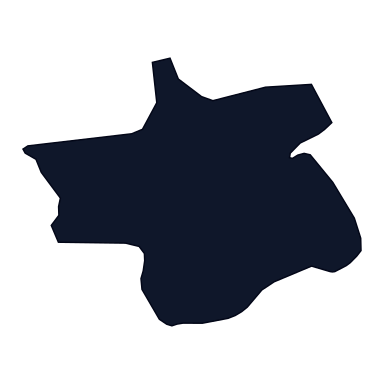 the Statistical Region of Zasavska
{"feature_id": "SVN-1006", "entity_name": "Zasavska", "entity_type": "Statistical Region", "adm_level": 1, "iso_a3": "SVN", "parent_name": "Slovenia", "parent_adm1": "", "projection": "albers", "projection_center": [14.936, 46.152], "detail": "fine", "context": "isolated", "style": "filled", "palette": "ink", "viewbox_px": 384, "rotation_deg": 0, "n_neighbors": 0, "source": "natural_earth", "source_scale": "10m", "svg_char_len": 848}
<svg xmlns="http://www.w3.org/2000/svg" viewBox="0 0 384 384"><path d="M171.9,325.8L166.7,324.2L159.4,319.3L142.0,289.4L141.0,278.6L143.2,271.0L144.7,260.7L144.4,253.5L139.1,246.4L125.4,243.1L58.4,242.2L51.3,225.4L58.9,215.3L58.6,206.6L60.4,198.1L41.3,172.4L36.0,159.3L25.2,153.1L23.0,149.1L27.9,145.9L131.6,133.8L142.5,129.3L156.8,102.7L152.4,62.4L170.0,58.2L178.3,79.0L201.5,96.6L212.9,100.7L265.5,87.2L311.4,84.4L331.8,122.6L324.7,129.3L318.5,134.0L300.2,143.0L290.2,153.2L289.5,157.7L292.4,158.4L297.8,155.1L304.1,153.4L310.2,154.8L332.8,182.4L354.3,218.1L360.7,238.2L361.0,250.6L356.8,256.0L350.2,262.7L346.3,265.6L334.8,271.6L332.4,271.9L330.2,271.6L311.5,266.1L274.1,281.8L261.9,289.9L247.3,307.1L241.6,311.7L235.2,315.5L228.1,318.3L202.4,323.2L183.1,323.1L177.0,324.1L171.9,325.8Z" fill="#0f172a" stroke="#020617" stroke-width="1.5"/></svg>